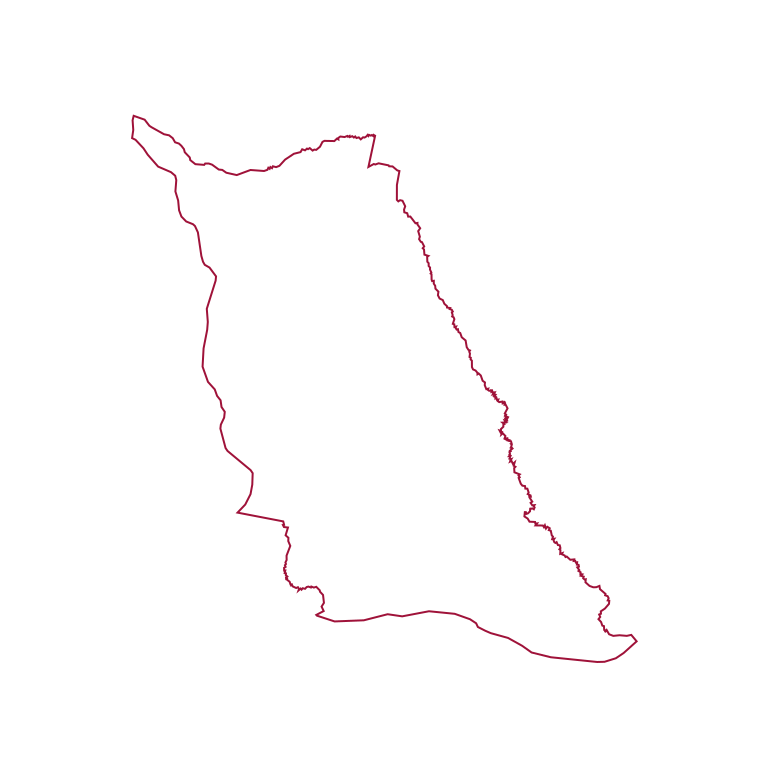 outline of La Joya de los Sachas, Orellana, Ecuador, rotated 11°
{"feature_id": "8360857B49386620675514", "entity_name": "La Joya de los Sachas", "entity_type": "district", "adm_level": 2, "iso_a3": "ECU", "parent_name": "Ecuador", "parent_adm1": "Orellana", "projection": "robinson", "projection_center": [-76.855, -0.261], "detail": "fine", "context": "isolated", "style": "outline", "palette": "rose", "viewbox_px": 768, "rotation_deg": 11, "n_neighbors": 0, "source": "geoboundaries", "source_scale": "gbopen_adm2", "svg_char_len": 6158}
<svg xmlns="http://www.w3.org/2000/svg" viewBox="0 0 768 768"><g transform="rotate(11 384 384)"><path d="M89.8,190.7L93.5,191.7L102.9,198.5L108.3,204.0L120.8,213.7L134.5,216.7L139.3,219.4L141.2,223.5L142.5,234.8L146.9,243.1L149.7,252.6L153.2,258.3L158.8,262.2L166.0,263.6L168.3,265.0L172.4,270.7L180.3,293.2L183.0,298.5L185.3,301.2L190.5,303.0L198.6,310.4L199.0,314.7L195.7,344.0L199.2,356.7L200.1,364.6L200.1,383.5L202.6,401.6L210.8,415.5L218.9,421.6L222.4,427.5L226.7,431.2L228.9,437.6L233.0,441.7L233.5,447.5L231.6,455.0L231.9,459.0L240.7,477.1L243.2,479.6L269.5,494.0L272.1,496.6L273.9,507.9L274.0,517.6L270.8,528.8L264.8,538.2L311.3,538.1L312.8,541.3L311.7,541.7L313.1,543.5L317.1,543.2L316.3,551.3L319.5,553.2L320.0,556.5L322.9,560.8L321.1,571.1L322.0,575.3L321.3,578.0L322.1,579.4L321.3,580.8L322.3,582.3L321.0,583.5L321.6,586.2L322.7,585.9L322.6,588.6L323.9,588.6L324.1,590.4L325.8,591.4L324.7,592.6L325.2,594.1L326.1,593.7L326.3,594.7L329.1,596.1L330.4,598.5L331.5,598.3L331.4,599.3L332.2,599.0L333.0,600.1L336.7,601.0L338.3,599.9L339.7,601.4L339.5,602.9L341.2,600.7L342.3,601.6L343.2,600.0L345.6,600.1L346.8,598.1L348.4,597.3L351.1,597.7L351.3,596.7L354.0,597.2L356.2,596.0L360.3,598.8L360.8,600.1L364.4,602.7L366.8,610.3L365.2,614.4L368.1,618.4L361.6,623.6L362.4,624.2L380.8,626.5L409.3,619.8L431.5,609.3L446.2,608.6L471.5,598.5L497.3,596.1L513.3,598.5L520.1,601.3L522.5,604.6L530.5,606.9L536.4,608.2L554.2,609.6L569.5,614.6L580.1,619.4L599.9,620.4L646.3,616.2L653.5,614.6L663.9,609.0L670.6,602.3L681.1,588.4L674.6,583.1L670.4,584.9L663.1,585.7L657.1,587.5L652.7,586.7L649.5,583.0L648.3,585.5L648.4,583.5L647.1,583.4L646.1,579.7L644.4,579.5L642.5,576.2L639.4,573.9L640.7,571.4L639.2,569.2L640.8,568.1L640.2,565.8L643.7,562.3L646.8,556.9L646.5,553.8L644.9,553.8L645.4,551.4L644.0,549.6L641.4,549.2L641.5,547.8L635.2,544.2L634.0,541.1L631.1,543.0L628.1,543.6L624.3,543.0L619.6,540.2L619.3,537.2L618.3,537.7L616.6,536.7L616.8,535.0L613.7,534.7L614.9,533.0L613.0,533.0L612.9,531.3L610.6,530.4L611.2,529.4L608.7,527.1L610.2,526.1L609.5,524.4L607.8,524.5L607.6,522.2L606.4,522.7L605.4,521.0L604.0,521.5L604.1,519.9L600.4,521.0L596.3,518.5L595.2,519.2L594.1,517.9L591.1,517.2L591.4,515.9L589.4,517.1L588.9,513.4L587.7,512.8L588.5,511.4L587.3,508.8L585.4,508.9L583.6,506.3L582.6,507.3L581.4,506.8L580.1,504.8L580.7,503.4L578.7,504.1L579.0,501.6L577.6,500.6L575.7,496.2L573.7,496.0L574.2,494.0L571.6,493.0L570.6,495.0L568.9,492.0L568.3,494.0L567.0,492.6L559.8,493.9L560.9,491.6L559.2,492.1L558.6,490.6L553.1,491.4L550.7,488.7L547.1,487.2L546.7,482.9L547.7,482.7L548.6,484.3L550.0,483.5L551.6,481.1L551.2,477.7L551.8,478.6L553.5,477.8L555.0,478.4L555.4,476.4L554.3,475.4L554.8,474.2L552.7,474.8L550.6,472.7L552.0,471.2L548.4,467.6L547.9,466.1L549.5,466.3L549.1,465.4L546.1,464.6L546.7,462.9L544.7,459.4L542.7,459.7L541.9,457.3L539.2,457.4L537.3,455.8L534.1,450.5L535.0,449.7L533.5,448.1L534.5,446.8L528.9,445.8L527.8,441.7L528.8,440.2L526.9,439.5L527.2,436.0L525.8,437.8L523.8,435.2L522.7,436.0L523.2,434.1L522.6,434.7L522.6,433.3L521.4,433.3L521.9,430.6L520.6,430.9L521.5,429.2L520.2,430.2L521.1,428.7L520.1,426.9L521.1,425.9L520.4,425.4L522.3,423.0L521.1,422.6L521.7,422.2L520.8,421.5L521.0,419.2L520.1,418.6L520.7,418.2L519.6,416.0L516.8,416.0L516.3,415.6L517.0,415.1L515.7,414.9L516.1,413.8L515.6,414.6L515.4,413.8L514.4,414.3L513.7,413.5L514.4,415.2L512.7,414.7L513.1,411.9L510.0,409.7L508.9,411.1L509.0,408.9L507.8,409.5L506.3,407.6L507.8,407.8L507.4,405.9L509.3,403.2L508.9,401.0L509.7,400.4L507.7,399.3L510.8,398.5L509.5,396.9L511.3,397.2L510.0,395.4L511.3,395.6L510.5,394.4L511.5,394.7L512.1,392.9L508.8,392.2L509.1,391.0L510.5,391.2L508.2,389.9L509.9,384.3L507.2,380.9L506.4,381.3L506.4,380.0L505.4,380.1L506.2,378.0L504.1,380.2L503.6,378.6L500.6,379.8L499.0,379.1L499.2,377.5L498.0,378.1L496.9,375.9L496.1,376.8L495.8,375.5L494.8,375.3L495.1,374.6L494.2,374.5L495.3,373.2L493.9,373.0L494.2,371.7L493.1,372.6L493.6,371.2L492.0,371.5L491.5,370.1L490.8,370.9L490.4,368.9L490.1,370.1L488.5,370.6L487.0,369.9L487.2,368.7L485.4,369.5L483.1,365.9L482.8,363.2L480.2,362.0L477.4,357.2L474.9,355.6L473.9,356.6L473.5,355.1L471.3,353.3L468.6,352.7L467.1,350.6L465.8,344.3L464.3,343.3L464.2,341.7L462.8,341.2L462.6,337.8L461.5,336.0L462.0,334.7L460.4,334.4L458.2,332.1L455.8,325.7L451.4,323.3L449.1,319.4L447.2,318.8L446.1,316.1L444.9,316.7L443.5,315.2L443.8,313.9L442.3,314.6L441.6,312.0L440.1,311.8L440.7,306.9L439.6,305.2L438.0,304.7L438.3,303.3L436.9,300.7L437.7,299.8L436.4,298.2L434.2,297.9L434.5,296.8L431.3,296.9L431.0,295.6L427.9,293.7L425.7,290.4L422.3,289.5L420.0,286.6L419.8,283.0L416.3,280.6L415.5,277.8L413.7,276.0L413.2,273.2L411.6,273.8L410.8,272.4L409.7,267.2L408.7,266.7L409.2,265.5L407.3,262.9L407.0,260.9L405.3,259.6L404.8,256.9L403.2,255.7L402.1,250.9L403.1,249.8L399.0,249.3L397.6,244.3L396.1,243.3L397.2,241.3L394.2,237.5L393.0,237.4L390.8,235.1L391.1,232.6L388.4,227.4L389.8,224.2L386.3,220.9L386.1,219.5L384.2,220.2L377.9,214.6L375.8,215.1L374.2,211.9L371.2,211.6L370.4,209.0L370.9,205.5L367.2,200.6L364.7,200.5L363.2,202.0L361.5,200.8L358.7,186.2L358.5,172.0L356.3,171.8L350.9,168.8L347.5,169.3L346.8,168.5L336.6,168.4L333.6,170.2L332.0,170.0L327.3,173.9L327.9,142.0L326.4,141.5L326.4,142.8L324.6,141.9L323.7,142.7L321.8,142.3L321.4,143.5L320.4,142.6L319.5,144.3L317.9,145.8L316.4,145.8L314.5,148.3L312.2,146.7L310.0,147.8L308.5,146.5L307.4,147.8L305.6,146.8L303.4,148.1L302.9,147.0L301.5,148.2L300.7,147.5L298.2,149.1L293.9,149.4L292.1,151.3L292.5,152.6L291.0,152.1L288.9,155.0L279.1,156.7L277.4,158.1L275.9,163.3L272.8,167.1L270.8,167.2L269.4,168.5L266.1,166.6L264.6,168.0L263.5,167.6L261.9,169.7L258.9,169.2L257.8,172.3L251.6,175.2L244.1,182.6L239.7,189.8L236.7,191.7L233.4,191.5L232.9,193.5L231.1,192.7L230.7,194.6L229.2,193.8L228.7,196.0L225.6,197.8L212.1,199.4L199.6,207.0L188.9,206.7L184.4,204.7L180.9,205.0L173.4,201.5L169.9,201.0L166.4,201.7L165.7,203.2L156.9,204.2L151.1,201.2L150.1,198.7L144.2,194.5L142.8,191.6L139.6,188.8L136.8,187.1L132.8,186.6L129.7,183.0L125.6,180.9L120.4,180.8L106.8,176.3L104.4,175.3L98.6,170.2L87.1,168.5L86.9,173.1L89.4,182.5L89.8,190.7Z" fill="none" stroke="#9f1239" stroke-width="2"/></g></svg>